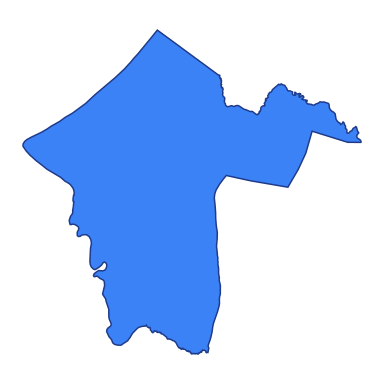 Nchelenge, Luapula, Zambia (Robinson projection)
{"feature_id": "96606910B37258058096160", "entity_name": "Nchelenge", "entity_type": "district", "adm_level": 2, "iso_a3": "ZMB", "parent_name": "Zambia", "parent_adm1": "Luapula", "projection": "robinson", "projection_center": [28.93, -9.367], "detail": "fine", "context": "isolated", "style": "filled", "palette": "blue", "viewbox_px": 384, "rotation_deg": 0, "n_neighbors": 0, "source": "geoboundaries", "source_scale": "gbopen_adm2", "svg_char_len": 5920}
<svg xmlns="http://www.w3.org/2000/svg" viewBox="0 0 384 384"><path d="M157.3,30.1L153.1,35.4L137.7,54.1L133.8,58.3L131.3,61.4L124.4,69.0L114.9,77.9L95.0,94.7L85.7,103.4L72.4,113.2L65.1,117.4L59.7,121.4L51.3,126.1L46.8,129.2L41.4,132.3L31.8,136.9L27.0,139.5L24.7,141.4L23.1,143.9L23.0,146.3L26.2,151.0L27.4,152.3L29.7,154.9L36.3,160.8L41.9,165.1L46.9,169.2L60.6,177.3L64.9,181.1L65.7,181.6L66.8,182.1L70.2,184.4L73.0,188.1L73.9,190.7L74.2,192.9L74.0,195.1L73.6,195.1L73.1,198.3L73.0,200.6L73.4,201.7L73.8,201.6L73.2,207.7L72.7,210.0L72.7,212.8L71.9,214.5L70.6,216.2L69.2,220.3L69.8,223.7L70.2,224.6L71.0,224.6L72.7,224.1L75.1,224.6L77.5,226.2L78.4,227.0L78.6,227.4L78.7,229.4L77.2,232.2L77.3,235.6L78.1,236.3L78.6,236.5L80.0,236.4L81.6,235.3L82.5,234.9L84.4,234.7L86.4,234.7L89.1,236.5L90.6,239.2L91.3,241.8L91.3,244.4L90.6,247.7L90.4,250.5L89.9,261.6L90.3,264.7L91.4,267.1L93.6,269.2L95.0,269.6L96.5,268.9L98.8,267.4L101.5,265.1L103.4,262.4L104.6,262.1L106.0,263.1L106.8,264.8L106.7,266.4L105.9,268.9L104.5,270.3L102.6,270.9L99.9,270.6L98.7,270.6L98.2,270.8L96.4,272.0L94.2,273.7L93.5,275.4L93.6,276.0L94.2,276.7L95.3,276.6L96.1,276.2L97.1,276.2L98.4,277.0L100.0,278.5L101.3,279.0L103.1,280.0L103.9,280.9L104.3,281.7L104.6,285.6L102.6,293.9L103.2,295.2L105.5,298.6L106.3,302.0L108.8,309.3L108.8,315.3L109.0,318.1L109.6,320.1L110.3,321.4L111.2,324.0L111.1,325.1L110.3,326.4L108.1,327.9L107.2,329.1L106.8,330.0L106.7,331.7L109.1,336.9L110.8,338.7L111.7,340.1L112.7,342.8L114.6,344.4L118.1,345.2L120.6,345.2L121.8,344.8L122.8,343.9L127.8,340.7L128.3,339.7L130.0,337.6L132.5,333.3L137.4,328.3L138.8,327.3L142.4,326.3L145.2,326.1L145.6,325.6L146.4,325.2L146.6,326.0L147.5,327.0L149.0,327.8L150.1,327.6L150.4,329.9L151.4,331.0L151.7,331.7L152.1,332.3L152.8,332.7L153.9,331.9L154.4,330.8L155.2,331.2L156.9,331.3L156.9,332.2L157.3,332.4L158.9,332.3L159.1,332.2L159.6,332.2L160.1,332.8L160.7,332.5L161.0,332.8L161.1,333.7L162.5,334.1L163.7,334.7L164.0,335.2L164.7,335.6L165.6,336.5L166.6,337.1L166.8,337.5L166.8,338.0L167.3,338.7L167.9,339.2L168.3,338.9L169.1,339.0L171.4,339.7L172.7,340.6L173.8,340.8L174.8,341.5L176.1,342.9L177.6,345.9L178.8,347.7L179.5,348.0L179.7,347.8L180.1,348.3L180.6,348.3L180.9,348.6L181.2,349.3L182.1,348.8L182.2,348.4L182.9,348.3L183.1,348.7L182.9,349.1L184.7,349.3L185.5,349.7L186.7,351.0L187.4,351.2L187.7,351.0L188.2,351.5L188.5,351.1L188.7,351.5L190.0,351.4L190.0,352.1L190.3,352.6L190.7,352.8L191.3,353.7L191.6,353.2L192.9,353.9L193.8,353.4L194.5,353.8L195.2,353.6L195.5,353.9L196.7,353.5L197.5,353.9L197.5,353.7L197.9,353.5L198.0,353.9L198.3,353.9L198.6,353.2L199.1,353.3L199.4,352.8L199.7,352.8L200.4,352.1L200.4,352.4L200.7,352.4L201.6,352.1L201.8,351.4L202.6,350.0L203.3,350.3L203.9,350.4L204.2,350.2L205.3,350.7L205.8,351.1L205.9,352.2L206.5,352.7L207.2,352.4L207.9,352.5L208.8,348.3L208.1,345.9L208.3,344.9L210.1,339.9L211.0,336.7L212.1,331.7L212.8,326.4L213.6,322.9L217.4,312.0L219.0,306.3L219.5,303.5L219.4,298.9L219.6,296.8L220.3,294.2L220.4,285.5L219.1,279.9L219.4,278.2L218.6,273.5L218.6,268.4L217.9,264.2L218.0,261.7L217.7,260.3L217.9,258.0L217.4,255.5L217.2,252.2L216.5,246.4L217.2,238.3L217.3,232.3L216.3,225.9L215.7,218.5L215.6,212.6L215.1,205.6L214.3,197.8L214.8,193.8L216.1,190.0L219.3,184.6L223.3,179.1L226.3,175.5L250.6,180.8L287.9,187.2L298.2,169.5L305.8,153.2L312.1,131.2L347.7,142.3L360.9,142.4L361.0,141.3L360.7,140.6L359.7,139.5L357.7,138.3L357.1,137.7L356.7,136.0L357.5,134.2L358.5,133.3L358.7,132.9L358.3,132.1L357.6,131.4L356.7,127.9L356.2,126.9L355.7,126.6L354.7,127.6L353.5,128.1L352.8,128.9L351.8,130.8L350.8,131.0L350.2,131.3L349.6,132.2L348.8,133.0L348.2,133.2L346.9,132.8L346.9,129.9L346.6,129.3L345.8,128.8L345.4,128.1L345.6,127.1L345.5,126.1L344.6,124.6L344.0,122.8L343.2,122.0L342.9,122.0L342.3,123.4L341.7,123.9L340.7,124.5L340.4,124.2L339.9,123.0L338.7,122.5L337.4,121.3L336.0,119.2L335.8,117.2L335.4,116.3L335.5,115.5L335.1,113.7L333.5,112.1L331.9,111.2L330.3,109.7L329.3,107.6L329.1,104.8L328.9,104.1L328.4,103.4L323.7,101.9L322.3,102.2L320.3,101.8L319.7,102.0L318.6,103.0L315.6,104.1L314.0,105.1L313.4,105.2L311.3,104.5L312.1,104.3L311.3,104.5L310.3,104.2L307.7,103.9L306.9,103.3L306.5,102.3L305.7,101.0L305.8,100.6L307.1,100.9L307.1,100.4L305.7,100.0L303.9,99.9L302.0,99.3L301.9,99.0L302.2,98.6L303.7,97.7L303.7,96.9L303.2,96.0L302.6,95.7L302.2,95.7L301.3,96.2L300.1,97.1L299.7,97.3L299.3,97.1L299.1,96.4L299.1,95.8L299.5,95.1L300.6,94.8L300.7,94.1L300.4,93.7L299.3,93.4L297.8,94.0L297.2,94.0L296.5,93.7L295.7,92.6L295.0,92.3L294.8,92.7L294.8,93.9L295.3,95.2L295.0,95.4L293.2,95.0L292.7,94.5L292.4,93.8L292.6,92.5L292.5,91.9L290.0,90.9L288.5,90.9L287.5,90.4L286.7,88.3L285.6,86.9L284.9,85.5L284.1,85.1L282.5,84.8L281.6,84.0L281.1,83.9L280.4,84.7L279.8,84.9L278.8,84.2L272.8,89.3L272.4,89.7L271.6,91.5L270.9,92.2L269.5,92.5L269.0,93.6L268.5,94.1L268.6,94.4L267.8,95.7L268.1,97.4L267.3,97.9L266.8,98.6L266.1,98.4L265.6,98.9L265.5,100.1L266.0,100.2L266.2,100.4L266.1,100.7L265.4,101.1L265.1,102.3L264.3,103.3L264.4,103.8L264.7,104.2L264.8,105.4L264.6,105.8L264.2,106.0L263.7,105.7L263.2,105.8L261.5,106.8L260.8,108.0L260.9,109.5L260.0,111.0L260.1,111.4L259.2,111.8L259.1,112.2L259.3,112.7L259.1,113.1L258.0,113.9L258.0,114.4L256.9,114.7L255.8,114.1L252.6,111.6L251.8,111.3L250.3,111.6L245.6,109.6L244.1,109.3L239.3,106.1L237.7,105.5L236.4,105.6L235.0,106.0L234.3,106.5L233.4,106.4L231.7,105.7L230.3,106.0L228.9,106.6L227.5,106.6L226.6,106.2L225.5,105.1L225.4,103.9L224.4,102.3L224.5,100.1L224.7,99.6L224.6,99.0L224.7,98.9L224.7,97.9L224.4,97.3L223.4,96.6L222.7,95.4L222.6,94.2L222.9,93.6L222.6,90.7L223.1,89.4L223.1,89.1L222.5,87.5L221.8,87.8L221.2,86.9L221.3,86.1L221.0,85.3L221.5,84.6L220.9,84.2L221.4,82.4L221.2,81.0L221.5,81.0L221.5,80.8L221.0,80.5L221.2,79.1L221.0,78.6L220.6,78.1L220.2,78.2L220.1,78.4L219.9,78.1L219.8,76.9L219.6,76.8L219.8,75.4L218.9,75.0L218.5,75.1L217.8,74.6L157.3,30.1Z" fill="#3b82f6" stroke="#1e3a8a" stroke-width="1.5"/></svg>